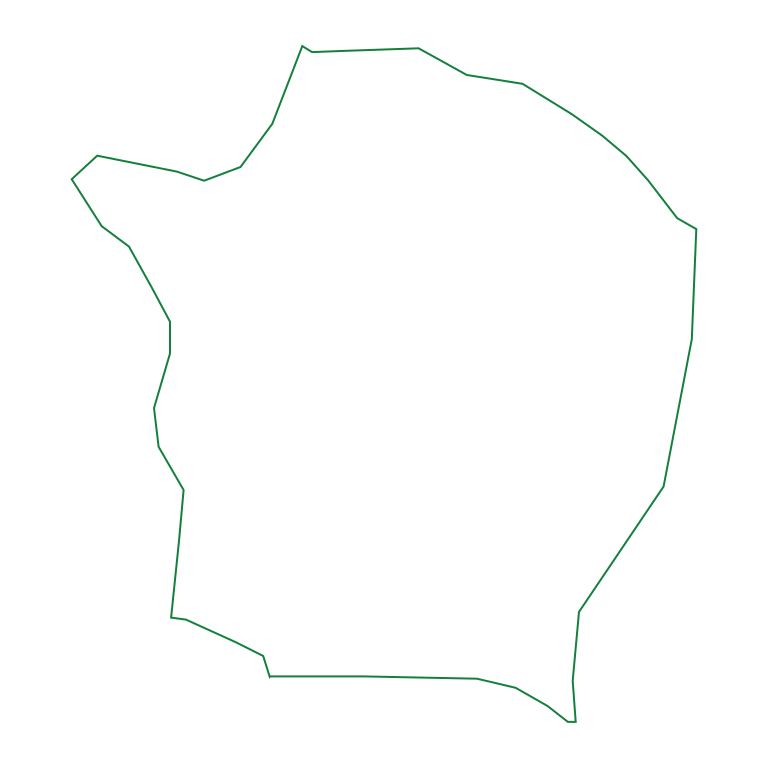 the district of Strängnäs, Södermanland, Sweden
{"feature_id": "70781695B8890772854641", "entity_name": "Strängnäs", "entity_type": "district", "adm_level": 2, "iso_a3": "SWE", "parent_name": "Sweden", "parent_adm1": "Södermanland", "projection": "mercator", "projection_center": [17.047, 59.38], "detail": "fine", "context": "isolated", "style": "outline", "palette": "green", "viewbox_px": 768, "rotation_deg": 0, "n_neighbors": 0, "source": "geoboundaries", "source_scale": "gbopen_adm2", "svg_char_len": 658}
<svg xmlns="http://www.w3.org/2000/svg" viewBox="0 0 768 768"><path d="M302.3,46.1L272.3,123.8L240.5,167.0L204.1,180.7L176.8,171.6L97.2,155.7L71.7,179.2L101.7,226.2L129.0,246.6L151.8,287.6L170.0,321.7L170.0,353.5L154.0,408.1L158.6,446.8L183.6,490.0L179.1,540.0L171.1,617.6L185.9,619.6L235.9,642.3L263.2,656.0L269.7,676.8L270.0,676.4L363.3,676.4L477.0,678.7L515.6,687.8L547.5,706.0L567.9,721.9L575.7,721.9L572.7,680.8L579.0,611.9L581.9,607.6L663.6,486.5L691.8,339.2L696.3,229.1L677.2,218.2L648.0,180.2L626.5,156.1L602.4,135.8L572.0,114.3L522.5,83.8L466.8,75.0L418.6,48.3L343.8,50.9L312.1,52.1L302.3,46.1Z" fill="none" stroke="#15803d" stroke-width="2"/></svg>